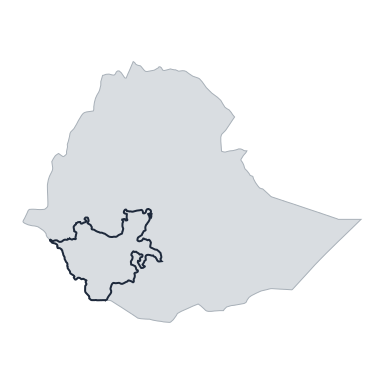 Ethiopia, with Southern Nations, Nationalities and Peoples highlighted
{"feature_id": "ETH-3129", "entity_name": "Southern Nations, Nationalities and Peoples", "entity_type": "Administrative State", "adm_level": 1, "iso_a3": "ETH", "parent_name": "Ethiopia", "parent_adm1": "", "projection": "mercator", "projection_center": [36.895, 6.444], "detail": "fine", "context": "in_parent", "style": "outline", "palette": "slate", "viewbox_px": 384, "rotation_deg": 0, "n_neighbors": 0, "source": "natural_earth", "source_scale": "10m", "svg_char_len": 9415}
<svg xmlns="http://www.w3.org/2000/svg" viewBox="0 0 384 384"><path d="M74.2,276.4L73.9,275.9L71.9,274.3L70.0,272.3L68.9,269.9L67.8,268.1L67.3,263.8L65.9,261.2L64.5,258.0L62.5,252.0L61.7,249.9L60.0,248.4L58.3,247.1L56.6,244.4L51.9,242.1L50.1,240.2L47.1,237.0L46.3,235.4L46.1,233.8L45.1,232.3L43.4,230.5L38.1,226.9L36.6,226.4L34.7,226.0L31.9,225.7L28.2,224.8L24.9,223.4L23.4,222.4L23.0,221.7L23.3,220.5L24.5,218.5L26.8,213.7L28.3,210.3L29.4,209.4L32.3,209.2L35.4,209.3L37.6,209.5L40.8,209.6L44.6,209.3L46.1,208.2L47.3,207.0L47.8,206.1L47.9,204.0L47.9,202.2L47.7,195.6L47.5,191.6L47.4,186.9L47.4,186.0L47.4,184.8L48.3,179.9L49.2,177.1L49.8,175.6L52.2,170.8L52.6,169.3L52.7,167.9L51.8,161.6L53.4,158.6L55.4,155.6L57.1,154.4L58.5,153.5L59.2,153.9L60.9,155.2L63.0,156.6L64.0,156.3L65.5,155.1L66.6,153.9L66.5,151.6L67.5,147.0L67.3,144.4L68.4,141.1L69.5,136.5L70.0,133.5L70.7,132.0L73.9,128.7L76.6,124.1L78.3,120.8L81.6,115.3L83.3,113.3L84.7,112.5L86.7,111.9L90.5,111.4L93.2,111.0L93.6,110.2L93.8,109.1L93.8,106.7L94.4,102.5L95.5,98.3L96.9,95.2L97.7,93.8L98.6,92.4L99.6,90.1L100.8,85.1L100.8,81.7L102.6,75.4L103.0,75.4L106.1,74.3L109.1,74.1L112.0,74.9L113.9,75.1L114.7,74.7L115.5,73.7L116.3,72.0L117.5,71.0L119.1,70.9L121.3,72.8L124.7,77.8L125.6,78.1L126.2,78.0L127.9,73.9L129.3,70.8L131.8,64.9L133.2,61.6L134.6,62.5L135.9,64.3L137.4,65.1L139.1,65.6L139.9,65.6L140.9,66.3L144.4,70.5L145.6,71.4L147.2,71.5L154.2,70.2L158.3,67.8L159.0,66.8L160.1,66.8L161.5,67.9L162.0,68.9L162.9,70.3L164.5,70.5L168.5,69.5L170.4,68.9L172.1,69.4L174.2,69.8L175.5,69.8L178.6,71.2L182.4,70.7L184.2,70.8L186.0,71.4L188.9,73.6L192.8,76.2L198.3,78.1L199.5,78.8L202.2,81.8L206.3,87.6L211.7,93.0L217.6,97.4L220.8,100.4L222.9,104.0L225.0,107.3L227.1,108.8L229.1,109.9L231.2,112.4L232.6,114.6L234.6,117.0L232.4,120.2L229.5,124.6L226.0,129.8L225.0,131.0L221.9,134.1L221.4,135.0L220.8,137.2L220.8,141.3L221.2,146.4L221.5,151.2L223.2,151.8L225.1,152.1L227.3,151.5L229.8,150.9L233.0,150.6L236.6,149.7L238.7,148.9L240.9,149.0L242.8,149.8L243.8,150.5L245.1,150.8L246.9,150.8L246.5,151.7L245.6,153.0L244.4,154.3L243.3,155.6L241.0,159.4L240.9,159.9L241.2,160.7L242.5,162.4L243.8,165.2L244.5,167.8L245.1,169.0L246.7,170.5L249.0,173.4L250.2,175.4L252.8,176.4L253.6,179.0L255.5,182.6L257.6,185.6L259.5,187.9L261.8,188.8L262.7,188.9L267.3,193.1L270.8,196.4L271.7,196.9L278.1,199.0L285.5,201.5L291.4,203.4L298.9,205.9L306.3,208.4L313.2,210.7L323.0,214.0L330.9,216.7L337.1,218.8L338.4,219.4L361.0,219.4L355.4,224.9L349.1,231.0L342.5,237.4L338.2,241.5L331.5,248.1L325.9,253.6L320.1,259.5L314.9,264.9L308.1,272.4L303.7,277.2L296.8,284.7L292.4,289.5L291.8,289.8L285.6,289.4L279.6,289.1L271.8,288.6L271.0,288.6L268.7,289.1L267.4,289.5L261.8,290.8L260.8,291.1L256.2,293.2L251.5,295.6L249.0,297.4L247.1,300.1L246.3,302.0L245.4,302.8L244.0,303.5L234.1,305.3L231.2,305.6L226.6,307.0L224.2,309.4L223.5,310.6L220.2,310.6L214.4,311.0L211.9,311.3L210.7,311.4L208.5,311.4L206.7,311.0L205.5,310.3L204.0,308.8L200.7,305.8L198.2,304.0L192.9,306.1L188.1,308.3L181.3,311.3L177.4,313.5L176.2,315.7L173.3,319.7L170.6,322.1L169.6,322.4L163.5,321.9L161.3,321.4L157.7,321.0L152.8,320.1L149.6,319.2L146.0,319.1L140.9,318.7L137.8,318.1L134.6,315.9L130.5,313.2L126.3,310.5L121.9,307.6L116.8,304.4L111.2,300.8L109.9,300.5L109.3,300.4L103.2,300.2L96.9,300.1L92.6,300.0L91.2,299.5L90.3,298.7L88.9,296.1L87.3,294.2L85.4,291.9L85.2,288.6L85.8,285.1L86.2,283.9L86.0,282.8L86.0,281.2L85.0,279.7L78.8,278.0L77.7,278.1L76.7,278.8L75.5,279.2L74.7,278.8L74.2,278.2L74.1,277.1L74.2,276.4Z" fill="#d9dde1" stroke="#a8b0b8" stroke-width="1"/><path d="M75.4,279.6L75.0,279.4L74.7,279.0L73.8,277.6L73.9,277.4L74.4,276.6L74.1,275.9L73.2,275.2L71.4,274.1L70.4,273.4L70.2,273.0L70.0,271.6L69.7,271.0L67.8,268.4L67.6,267.9L67.6,267.6L67.7,266.8L67.7,266.6L67.3,266.2L67.2,265.9L67.3,265.4L67.5,264.9L67.3,263.4L67.1,263.0L65.9,261.7L65.5,260.6L64.7,259.2L64.6,258.7L64.6,257.4L64.4,256.8L63.5,255.3L63.3,254.8L63.1,253.5L62.6,252.2L62.2,250.4L61.7,250.0L61.5,249.3L60.0,248.3L59.6,248.1L58.1,248.1L57.7,248.0L57.5,247.7L57.3,246.8L57.2,246.5L57.2,246.4L57.5,246.1L57.4,245.7L57.3,245.3L57.0,244.6L55.5,243.6L52.3,242.8L52.0,242.6L51.7,242.1L50.8,241.4L50.4,241.0L50.3,240.9L50.1,240.7L50.0,239.9L50.5,239.7L51.2,240.1L52.4,241.0L53.0,241.1L53.5,240.9L54.6,240.5L55.5,240.3L56.4,240.3L57.2,240.5L58.5,241.4L59.1,241.7L59.8,241.9L60.6,241.8L61.3,241.7L61.8,241.5L63.5,240.2L64.1,239.9L64.8,239.7L65.6,239.7L67.0,239.8L67.6,239.6L67.9,239.0L68.3,239.2L68.8,239.1L69.3,238.8L69.6,238.4L70.0,238.8L70.6,239.1L71.7,239.5L72.3,239.5L73.2,239.0L73.8,238.9L75.1,239.2L75.6,239.1L75.8,238.6L75.5,238.0L75.5,237.5L75.6,236.5L75.9,235.9L75.9,235.0L76.4,233.4L76.4,232.9L76.3,232.4L75.9,232.1L74.3,231.3L74.1,231.0L74.3,230.3L74.1,229.9L73.7,227.8L73.7,226.7L74.0,226.1L74.4,225.8L74.9,225.0L75.9,224.4L76.0,223.5L76.2,223.0L77.0,222.9L78.1,222.1L78.8,222.2L79.2,222.0L80.2,222.0L80.6,223.0L80.8,223.4L81.4,223.6L81.9,223.6L82.4,223.4L83.6,222.7L84.8,222.4L85.3,222.1L86.1,221.2L86.3,220.8L86.1,220.5L85.0,219.6L84.6,219.2L84.6,218.8L85.1,218.0L85.5,217.6L86.0,217.5L87.0,217.5L87.5,217.6L87.8,217.8L88.0,218.2L88.6,220.3L88.6,220.9L88.5,221.4L87.5,222.6L87.6,223.1L88.0,223.5L89.4,224.3L90.1,224.7L90.5,224.9L90.7,225.2L91.3,226.3L91.8,227.1L91.8,227.5L91.6,228.7L91.8,229.2L92.2,229.4L94.0,229.7L94.8,230.2L95.7,230.8L96.6,231.3L98.0,231.9L98.7,232.0L99.4,232.4L100.2,232.7L101.9,232.7L104.1,233.6L104.6,233.6L108.4,236.2L109.4,236.7L110.4,236.9L111.5,237.0L112.3,237.0L113.9,236.7L115.7,236.8L116.4,236.7L117.1,236.3L118.6,235.1L120.8,234.1L121.6,233.7L121.8,233.7L122.2,232.9L122.3,231.9L122.4,231.5L122.6,231.3L123.2,228.9L123.2,228.6L122.6,226.9L122.4,226.0L122.5,223.2L123.2,221.6L123.0,221.0L122.2,220.1L122.2,219.5L123.6,219.1L124.3,219.0L124.9,219.2L125.3,220.2L125.7,220.4L126.1,220.5L127.2,220.2L127.3,219.6L127.1,219.2L126.7,218.5L126.7,218.0L126.7,216.4L126.9,214.1L126.7,214.0L124.7,213.4L124.1,213.0L123.8,212.3L123.9,211.6L124.3,210.6L125.0,209.8L125.4,209.6L126.0,209.6L126.4,210.0L127.0,211.1L127.5,211.1L129.0,211.3L129.4,211.5L130.6,211.4L132.1,211.7L132.7,211.7L136.9,210.6L140.0,210.2L141.3,209.9L141.7,210.0L142.1,210.3L142.5,210.8L142.8,211.4L142.9,212.4L143.2,213.2L144.0,213.4L145.0,213.0L145.6,212.5L145.8,212.1L146.2,210.5L146.6,209.8L147.2,209.2L148.2,209.0L148.7,209.0L149.0,209.3L150.4,210.0L150.7,210.5L150.9,211.0L151.0,211.5L150.7,212.6L150.8,213.0L151.6,213.7L151.3,215.2L151.3,216.8L151.1,217.3L150.3,216.3L150.1,215.9L149.7,214.1L149.5,213.6L148.2,214.0L148.3,214.5L149.0,215.5L149.5,217.2L149.8,218.9L149.2,220.5L148.5,221.7L147.5,223.0L147.0,223.9L146.2,224.7L145.5,226.4L145.3,227.9L145.6,230.1L145.3,230.5L143.9,231.1L143.6,231.3L143.0,232.7L142.4,233.4L142.2,233.9L142.0,234.8L141.7,235.1L138.6,237.1L138.0,237.6L137.7,238.3L137.4,240.0L137.5,240.4L137.9,240.8L138.5,241.1L139.3,241.3L141.4,240.8L141.8,240.6L142.7,239.5L143.3,238.5L143.9,238.6L144.6,239.1L146.1,239.4L146.9,239.9L147.6,240.2L148.4,239.9L149.0,239.8L149.7,240.4L150.4,241.4L150.9,242.7L150.2,246.2L150.3,247.0L150.5,247.2L151.3,247.8L152.0,248.0L155.0,249.5L156.4,249.7L157.0,249.8L157.6,250.4L158.5,251.0L160.5,253.0L160.6,253.4L160.8,254.4L161.3,256.4L161.3,257.5L161.1,258.0L160.5,258.8L160.6,259.4L161.1,260.8L161.5,261.2L159.2,261.5L158.3,261.4L157.2,260.4L157.0,259.8L155.9,257.9L155.3,257.1L153.6,256.3L153.4,256.1L153.1,255.5L152.3,255.6L151.7,255.6L149.8,255.0L148.9,254.9L148.0,254.8L146.9,255.0L146.1,255.5L145.6,256.3L145.5,257.4L145.8,259.3L145.7,260.0L145.4,260.3L144.5,260.9L144.3,261.3L144.0,262.3L143.2,263.6L142.9,264.1L142.6,264.4L142.5,264.6L142.6,264.8L143.2,265.4L144.5,266.2L144.8,266.4L144.7,266.7L143.1,267.8L141.6,268.0L141.1,267.9L140.7,267.3L137.9,262.5L137.8,262.0L137.9,261.4L138.0,260.9L138.4,260.9L138.9,261.1L139.4,261.2L139.8,261.0L140.2,260.5L140.3,259.9L139.8,259.1L139.9,258.6L140.3,257.8L140.5,257.4L142.0,256.9L142.5,256.1L142.5,255.1L141.7,254.4L141.3,254.3L140.8,254.3L139.9,254.5L139.6,254.5L138.6,253.4L137.0,252.5L136.3,251.8L135.9,251.7L135.0,252.0L134.3,251.9L133.7,251.4L133.3,251.4L132.9,251.8L131.8,253.3L131.4,254.3L131.4,255.2L132.2,256.1L132.6,256.9L132.5,258.1L132.2,259.3L131.7,260.2L131.1,261.0L130.9,261.5L130.9,262.1L131.1,263.7L131.1,264.3L131.2,264.6L132.5,264.9L135.2,266.2L136.0,268.0L136.2,269.1L136.4,269.6L136.8,270.0L137.4,270.1L137.8,270.4L137.9,270.9L137.8,271.5L137.5,271.9L136.1,272.6L135.0,272.8L134.6,273.1L134.4,273.5L134.8,275.1L134.8,276.2L134.6,277.4L133.7,279.3L133.7,279.8L133.8,280.9L133.8,281.4L133.6,281.9L133.3,282.2L132.7,282.2L131.4,281.3L128.8,280.4L128.3,280.5L127.9,280.8L127.7,281.2L127.3,281.5L125.8,282.1L123.6,283.3L122.4,283.8L121.2,283.8L120.7,283.6L119.7,283.1L119.2,282.9L118.5,282.9L116.0,283.2L115.4,283.2L113.7,282.9L113.2,283.0L112.7,283.3L112.0,284.1L111.5,285.1L110.5,288.4L110.5,288.9L110.6,289.5L111.1,290.6L111.2,291.2L111.1,292.5L110.5,293.7L108.9,295.8L107.8,297.5L107.0,299.4L106.4,299.8L105.6,300.1L105.4,300.4L104.7,300.1L97.0,300.3L96.7,300.2L96.1,300.0L95.1,300.1L91.7,300.1L91.2,300.0L90.7,299.7L89.8,298.9L89.4,298.6L89.2,298.3L89.3,297.0L89.0,296.5L89.0,296.1L85.9,292.8L85.3,291.9L85.1,290.8L85.2,286.1L85.3,285.8L86.2,284.7L86.4,284.2L86.4,283.8L85.7,282.4L85.7,281.9L85.8,281.4L86.4,280.5L86.3,280.3L85.1,279.8L83.6,278.9L83.0,278.8L81.7,279.2L81.1,279.0L80.2,278.2L79.6,277.9L78.8,277.7L77.9,277.8L77.4,278.2L76.5,279.2L76.0,279.5L75.4,279.6Z" fill="none" stroke="#1e293b" stroke-width="2"/></svg>